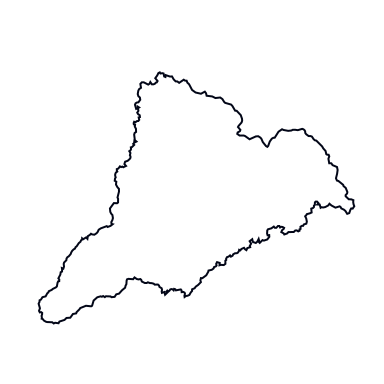 outline of Monte Alegre de Goiás, Goiás, Brazil, rotated 176°
{"feature_id": "56859067B90093071005547", "entity_name": "Monte Alegre de Goiás", "entity_type": "district", "adm_level": 2, "iso_a3": "BRA", "parent_name": "Brazil", "parent_adm1": "Goiás", "projection": "natural_earth1", "projection_center": [-46.903, -13.311], "detail": "fine", "context": "isolated", "style": "outline", "palette": "ink", "viewbox_px": 384, "rotation_deg": 176, "n_neighbors": 0, "source": "geoboundaries", "source_scale": "gbopen_adm2", "svg_char_len": 5983}
<svg xmlns="http://www.w3.org/2000/svg" viewBox="0 0 384 384"><g transform="rotate(176 192 192)"><path d="M31.6,172.6L33.7,173.6L36.1,173.8L39.0,177.0L39.0,178.1L37.4,179.7L37.0,181.1L38.4,185.4L40.4,187.3L40.7,188.6L45.2,192.8L46.5,193.2L47.0,194.3L47.4,195.7L46.0,200.0L45.2,203.8L45.6,206.8L49.9,209.0L51.0,210.9L53.1,211.1L53.6,215.6L52.6,218.0L53.1,219.6L54.6,219.8L55.4,220.4L55.9,223.6L58.0,226.3L59.0,228.4L64.4,234.6L65.8,235.0L67.0,236.2L68.5,238.9L69.8,239.5L71.8,239.7L74.1,241.7L74.9,243.0L74.9,244.7L75.5,245.9L76.5,246.8L77.7,247.3L82.1,246.3L84.9,246.9L87.2,247.0L88.6,246.4L91.8,246.3L96.4,247.5L97.8,248.3L101.5,246.1L105.7,240.4L107.1,240.4L108.7,239.6L110.9,236.9L112.8,232.6L113.7,231.8L115.0,232.7L117.9,236.9L119.0,240.1L119.9,241.4L122.0,243.0L124.4,243.0L130.9,240.6L135.1,244.1L136.4,244.7L140.6,245.0L142.8,246.8L142.3,248.2L140.0,249.3L139.4,250.6L141.6,253.6L140.9,254.7L137.7,257.9L137.0,259.6L137.0,261.6L138.0,265.3L141.8,269.9L143.3,270.1L145.7,275.0L146.9,276.5L152.7,278.6L153.7,279.7L155.2,282.6L157.3,284.3L162.1,284.1L165.1,285.9L170.7,287.0L171.1,289.5L172.2,291.2L176.2,289.4L181.5,291.0L184.8,293.8L187.4,299.7L189.0,301.4L189.6,303.4L191.2,303.6L192.4,304.6L197.2,301.8L198.9,303.3L200.6,303.5L202.4,305.6L203.9,308.7L205.9,308.7L210.0,310.4L210.5,308.6L211.7,309.2L212.1,312.2L213.3,312.6L215.2,312.4L215.8,313.6L217.2,313.0L218.6,310.6L220.7,308.1L218.6,305.1L219.5,303.8L220.5,303.6L221.6,302.5L223.0,302.1L224.5,302.2L225.9,304.6L226.8,303.0L228.2,302.2L232.5,304.8L234.4,304.9L236.0,303.4L235.6,299.5L237.6,298.3L238.5,296.8L239.3,293.5L238.8,291.3L237.4,289.9L237.2,287.6L239.2,285.2L240.8,285.1L242.1,284.4L242.8,283.0L241.9,278.8L240.1,279.4L239.8,276.7L241.1,275.0L240.3,273.4L238.8,272.2L238.7,270.4L240.0,270.1L239.6,267.7L240.6,266.6L242.2,266.5L243.6,265.5L244.8,266.1L245.4,264.8L245.3,263.5L244.1,263.1L244.5,261.2L243.5,259.0L243.6,255.8L245.1,254.9L245.7,253.3L245.4,247.7L243.9,246.2L245.1,245.7L246.0,246.7L246.3,245.0L247.3,244.1L246.4,243.0L248.8,241.0L249.9,240.8L249.8,239.1L250.5,237.8L251.7,237.1L250.7,235.2L251.4,233.0L250.9,231.9L251.0,230.4L251.8,229.3L254.0,227.6L256.6,226.9L257.5,224.6L256.0,222.6L258.8,221.5L259.7,222.2L261.0,221.8L262.1,222.6L263.9,220.5L265.4,220.1L265.5,218.8L265.1,217.6L266.6,216.7L267.4,215.0L267.5,213.6L267.1,211.9L267.8,210.9L268.3,208.6L266.8,207.6L267.3,204.7L266.0,201.9L264.7,200.3L264.8,197.5L266.7,191.7L266.2,190.4L266.5,186.7L267.6,186.0L270.7,186.4L275.0,181.3L274.9,177.9L274.1,176.0L273.0,174.6L272.7,171.5L273.4,169.5L274.6,167.6L274.5,165.8L273.4,165.4L275.6,163.9L278.6,163.0L279.4,163.9L285.5,162.1L287.7,160.9L288.9,158.7L290.1,157.5L292.4,156.2L294.7,156.7L295.7,157.4L296.8,156.4L299.0,155.2L299.6,152.6L300.8,154.1L303.8,152.5L304.8,153.4L304.9,152.2L306.1,151.5L306.7,150.2L308.5,148.9L310.8,145.9L312.0,145.1L312.7,143.7L314.1,143.0L315.6,141.7L316.7,140.1L317.4,138.5L319.6,136.3L320.7,135.8L321.8,134.4L322.1,132.7L324.5,130.6L325.0,129.2L324.9,126.5L325.7,124.5L327.1,125.2L327.0,123.6L327.2,121.7L328.6,121.1L329.1,118.8L331.3,115.2L330.5,114.0L330.7,112.3L331.7,112.2L332.4,111.0L333.4,107.2L334.5,106.3L337.7,105.0L338.8,104.1L341.8,103.0L342.3,101.8L343.4,101.1L345.3,98.1L348.5,97.5L350.2,95.2L351.6,94.6L351.8,93.0L352.8,91.3L351.8,86.6L352.9,84.1L352.2,82.5L350.9,82.7L349.9,81.9L350.1,80.3L350.7,78.9L350.5,77.3L350.8,76.1L349.8,75.7L348.7,74.1L346.8,72.8L345.7,72.4L340.5,71.8L339.1,70.5L337.7,71.1L334.3,70.4L333.3,72.0L328.1,73.3L326.0,75.1L322.2,75.1L319.3,78.6L316.0,79.0L315.5,80.2L312.4,82.9L311.6,84.0L305.7,85.9L300.6,85.0L299.6,85.5L297.7,90.6L293.8,93.6L290.4,94.3L289.2,93.8L287.9,94.4L286.3,93.2L285.2,94.0L280.5,93.5L279.7,92.7L276.5,92.8L274.7,95.2L271.9,95.7L268.6,98.9L265.4,101.2L264.8,103.2L263.9,104.6L263.4,108.2L262.9,109.4L261.5,109.8L256.8,109.1L255.3,110.8L253.1,109.0L251.3,108.5L249.7,108.8L248.8,108.0L248.3,106.2L245.4,104.5L243.5,104.4L242.3,105.0L240.4,104.1L238.6,103.9L236.6,103.2L235.7,102.2L232.5,102.1L231.4,101.0L231.1,99.6L229.0,98.1L228.7,96.5L229.2,94.9L229.0,93.5L226.5,94.2L226.0,91.4L223.5,93.5L224.4,94.4L223.5,95.4L222.4,94.4L221.4,95.1L220.5,96.3L219.4,96.6L218.2,96.3L217.2,95.2L216.6,96.6L215.4,96.1L214.9,95.0L210.0,95.6L209.3,94.6L209.3,92.8L207.6,92.9L206.4,92.1L206.1,91.0L206.8,89.0L206.7,87.8L205.3,88.7L203.7,88.8L201.8,89.5L200.3,91.8L198.8,93.3L198.7,94.9L196.1,95.8L194.9,97.3L192.3,98.9L189.4,101.5L189.8,103.2L189.1,105.5L187.7,105.3L183.6,107.9L181.4,111.2L181.0,112.5L177.7,113.0L175.8,114.2L175.3,115.5L173.3,116.2L172.6,117.0L172.9,118.6L171.9,120.3L169.3,119.3L169.7,117.0L168.2,117.3L165.4,116.9L163.7,118.0L163.5,121.2L162.6,121.8L162.6,123.1L161.6,124.6L160.0,125.0L158.5,126.1L157.7,124.8L156.0,125.6L155.2,127.0L153.3,127.9L151.6,127.8L150.6,128.2L149.3,129.8L149.0,131.0L147.9,130.4L146.7,131.7L144.0,132.7L143.0,131.1L141.8,130.2L140.7,132.2L137.8,132.9L138.1,134.2L136.6,136.4L137.9,138.9L135.2,140.7L134.7,137.9L131.9,136.7L130.4,137.8L128.8,140.5L128.5,138.9L128.8,137.5L128.0,136.5L125.0,139.1L123.7,138.5L120.2,139.4L118.0,141.9L118.0,143.6L119.6,143.5L120.0,145.3L119.6,148.4L118.8,149.5L115.4,150.2L112.8,151.8L111.8,150.5L110.4,150.4L108.6,152.1L107.3,152.0L106.6,150.5L105.7,151.1L104.1,150.8L102.6,149.8L103.1,148.8L104.8,147.6L105.7,145.8L103.4,144.3L102.9,143.2L100.0,144.0L98.6,145.3L93.3,145.0L91.7,146.4L90.2,146.4L88.8,145.3L87.4,145.9L87.4,147.2L86.3,147.6L86.2,149.8L84.6,150.6L83.5,150.5L82.6,151.9L80.2,152.4L79.5,154.4L79.9,157.6L80.8,159.9L79.7,160.8L79.0,161.9L75.9,162.5L74.1,163.2L74.2,167.1L72.4,167.6L71.4,168.5L71.3,169.9L70.4,170.6L70.1,173.1L69.3,173.8L67.9,173.7L66.6,172.0L67.8,170.8L65.5,170.5L64.8,167.3L63.8,167.8L62.3,167.4L60.1,167.7L57.0,169.1L55.7,170.7L53.8,168.8L50.0,166.4L45.7,167.4L44.8,166.6L44.2,165.2L41.7,163.8L40.3,162.4L38.7,159.4L36.6,160.0L35.2,163.3L34.3,164.5L32.9,164.2L31.1,166.5L31.7,168.5L31.9,170.7L31.6,172.6ZM240.1,279.4L240.1,280.9L238.9,280.0L240.1,279.4Z" fill="none" stroke="#020617" stroke-width="2"/></g></svg>